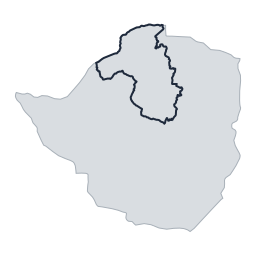 Zimbabwe, with Mashonaland West highlighted
{"feature_id": "ZWE-533", "entity_name": "Mashonaland West", "entity_type": "Province", "adm_level": 1, "iso_a3": "ZWE", "parent_name": "Zimbabwe", "parent_adm1": "", "projection": "orthographic", "projection_center": [29.817, -17.238], "detail": "fine", "context": "in_parent", "style": "outline", "palette": "slate", "viewbox_px": 256, "rotation_deg": 0, "n_neighbors": 0, "source": "natural_earth", "source_scale": "10m", "svg_char_len": 7447}
<svg xmlns="http://www.w3.org/2000/svg" viewBox="0 0 256 256"><path d="M190.1,231.5L187.5,229.8L184.0,228.6L179.6,228.1L173.8,228.3L166.7,229.2L159.1,228.0L151.0,224.7L144.2,223.6L136.2,225.0L135.8,225.1L134.4,224.0L132.2,221.6L128.5,221.2L127.5,220.6L126.7,219.7L126.1,218.6L125.9,217.4L126.5,213.5L126.2,213.0L125.2,212.5L123.1,212.1L118.3,210.3L112.1,208.7L102.2,206.9L98.3,206.4L97.4,205.8L96.3,204.4L94.3,199.9L92.5,197.0L88.1,192.4L87.4,191.0L87.6,187.4L87.9,184.4L88.3,181.9L88.1,179.6L88.0,176.7L88.1,174.8L87.5,173.9L85.9,173.3L81.5,173.1L76.1,173.3L75.9,170.4L75.3,165.8L74.2,163.2L73.0,161.8L70.5,160.5L65.4,158.6L58.6,155.7L52.6,151.4L45.8,146.1L43.7,145.2L41.1,140.1L37.2,131.4L37.3,128.4L36.7,127.0L33.0,122.8L32.1,120.5L31.4,118.3L25.4,112.1L23.4,109.4L21.7,105.9L20.2,103.1L18.9,101.9L17.1,100.1L15.9,97.9L15.4,96.2L15.7,94.0L16.3,92.5L21.9,94.0L25.0,94.0L27.3,93.2L30.3,94.2L33.9,97.0L37.7,97.4L41.9,95.6L47.5,96.0L54.6,98.7L60.5,99.2L67.4,96.6L73.6,89.5L79.4,82.8L85.1,75.1L88.5,68.9L93.6,63.8L100.3,59.9L107.2,56.6L117.7,52.5L119.8,49.2L120.5,45.6L120.4,40.6L121.0,37.4L122.1,35.9L123.8,34.8L126.1,33.3L133.0,29.4L138.9,27.0L146.0,25.4L153.8,25.4L161.3,25.4L165.6,25.4L165.6,30.2L166.0,35.6L166.8,36.1L172.4,36.2L181.5,36.7L190.2,37.1L195.7,41.1L197.6,41.9L203.4,43.0L210.7,49.6L219.6,50.4L225.6,52.5L231.0,54.8L234.0,57.5L236.0,58.2L238.7,58.4L240.0,58.7L239.7,60.6L237.9,63.9L238.0,68.6L240.4,75.2L240.6,80.8L239.7,90.8L239.6,100.5L239.8,104.0L240.1,106.3L240.6,107.5L240.5,109.0L239.0,113.0L237.7,117.3L237.7,119.0L237.2,120.2L236.3,121.2L232.4,123.2L231.8,124.4L231.7,126.6L232.2,128.4L233.6,129.1L235.3,130.2L236.0,131.6L236.0,133.1L235.4,135.8L233.8,140.3L235.2,145.5L236.9,148.8L239.1,152.8L240.1,155.2L240.0,156.9L239.6,158.5L236.0,165.6L233.3,169.9L230.2,174.6L226.0,177.5L224.9,178.9L224.5,180.5L224.6,184.0L224.3,187.7L220.8,193.3L222.8,198.3L222.3,198.7L221.2,199.4L216.1,204.8L210.9,210.3L207.2,214.3L202.9,218.9L198.2,224.0L194.1,228.4L190.1,231.5Z" fill="#d9dde1" stroke="#a8b0b8" stroke-width="1"/><path d="M149.2,24.5L150.5,24.6L153.0,25.3L154.3,25.4L155.4,25.2L156.6,24.9L157.8,24.8L159.0,25.0L159.7,25.5L160.0,25.7L160.5,25.6L161.2,25.0L161.4,24.9L162.2,25.0L162.7,25.2L162.6,25.6L162.6,26.8L162.7,27.2L163.1,27.6L163.5,28.6L163.3,29.0L163.1,29.4L155.4,36.1L155.3,36.3L155.3,36.7L155.5,37.0L155.8,37.3L156.4,37.5L156.5,37.7L156.6,37.9L156.4,39.0L156.6,39.5L157.0,40.0L157.0,40.6L157.2,40.8L157.4,41.0L158.0,41.0L158.2,41.3L158.2,41.6L158.1,41.9L157.3,42.4L157.2,42.5L156.8,43.1L156.7,43.6L156.8,44.8L156.8,45.5L156.6,45.8L156.2,46.0L155.9,46.5L155.4,47.6L155.4,47.9L155.4,48.1L155.7,48.3L156.0,48.4L156.4,48.4L156.6,48.2L156.8,47.7L157.0,47.5L157.3,47.4L157.6,47.3L158.4,47.5L158.5,47.4L158.8,47.1L159.1,46.9L159.9,46.7L160.2,46.4L160.3,46.1L160.1,45.1L160.2,44.8L160.4,44.6L160.7,44.5L161.8,44.3L162.3,44.4L162.5,44.5L163.1,45.9L163.7,46.5L164.0,46.6L165.7,46.5L166.1,46.7L166.3,47.1L166.7,48.1L166.7,48.8L166.1,49.9L166.0,50.8L165.8,51.7L165.5,52.4L165.2,53.1L165.0,54.4L165.0,54.7L165.1,54.9L165.7,55.9L166.3,56.2L166.7,56.5L167.3,56.7L168.6,57.4L169.1,58.5L168.9,59.2L169.6,59.7L169.9,60.2L170.0,60.7L170.0,60.9L169.8,61.2L169.3,61.9L169.2,62.5L169.4,65.2L169.4,65.4L169.6,65.6L170.1,66.0L170.3,66.3L170.2,66.5L169.8,66.8L169.8,67.7L169.9,68.3L170.1,68.5L170.5,68.6L171.4,68.5L171.8,68.7L172.8,68.2L173.1,68.1L173.3,68.2L173.4,68.7L173.5,68.8L174.2,68.5L174.5,68.5L175.2,68.7L175.3,68.9L175.3,69.0L175.0,71.8L174.9,72.0L174.5,72.7L174.1,73.1L173.4,73.8L173.4,74.1L173.7,74.4L173.7,74.8L172.6,76.9L172.2,77.5L172.0,77.9L172.4,79.6L172.5,80.1L172.5,80.5L172.1,83.0L172.1,83.8L172.4,84.0L176.6,84.0L176.6,84.7L176.3,85.5L176.3,85.8L176.4,86.0L176.7,86.1L178.3,86.8L180.2,87.9L180.4,87.9L180.9,87.4L181.1,87.3L181.7,87.5L182.4,88.9L182.1,89.8L181.3,90.8L180.9,91.0L180.4,91.2L180.2,91.3L180.1,91.5L180.1,92.1L180.3,92.6L180.3,93.0L180.1,93.4L180.1,93.6L180.2,93.8L180.9,94.3L181.1,94.5L181.3,95.0L181.1,95.3L180.2,95.6L179.4,95.8L178.9,95.4L177.9,95.0L177.7,95.0L177.5,95.3L177.5,95.7L177.5,95.9L177.7,96.6L177.7,96.8L177.4,97.0L176.8,97.4L176.6,97.7L176.6,98.0L176.6,98.5L177.1,99.5L177.0,99.8L176.4,100.3L176.3,100.5L176.0,101.5L176.1,102.0L175.9,102.6L175.4,103.4L175.1,103.7L174.9,103.9L174.4,104.2L174.2,104.4L174.3,105.7L174.4,106.0L174.6,106.4L175.8,107.5L176.6,108.4L176.8,108.6L176.9,109.1L176.8,109.4L176.3,109.8L176.2,110.0L176.1,110.3L175.8,114.8L175.7,115.1L175.6,115.4L175.4,115.7L174.2,116.9L172.8,119.1L172.7,119.3L172.5,119.0L172.4,119.0L171.8,118.8L171.5,118.8L171.4,119.2L171.6,119.8L171.4,120.0L170.9,120.0L170.4,119.7L169.6,119.4L169.5,119.5L169.4,119.6L169.6,120.2L169.5,120.3L169.2,120.5L168.7,120.7L168.3,120.7L167.8,119.6L167.6,119.3L167.2,118.2L166.9,118.1L166.6,118.4L165.4,120.9L165.1,122.6L164.9,123.1L164.3,123.6L163.1,122.4L162.5,122.1L161.8,122.0L161.2,121.7L160.5,121.4L159.5,120.4L159.1,120.2L158.7,120.0L157.7,119.8L156.8,119.8L156.0,119.7L155.2,119.3L154.4,119.2L153.5,118.7L153.2,118.7L152.6,118.8L152.1,119.2L151.9,119.2L150.8,119.0L149.7,118.4L149.1,118.3L149.0,118.2L148.7,117.8L148.5,117.6L148.2,117.6L147.6,117.3L146.9,117.3L146.8,117.2L146.3,116.8L146.0,116.6L145.5,116.4L144.6,116.3L144.0,116.4L143.7,116.3L142.6,115.6L141.8,115.3L141.6,115.2L141.3,114.8L141.2,114.3L141.2,114.0L141.2,113.4L141.1,111.8L141.3,111.5L141.6,111.1L141.6,110.5L142.0,109.3L142.0,109.0L141.9,108.8L141.8,108.7L140.7,108.2L136.7,105.6L135.9,105.4L135.7,105.2L135.1,104.4L134.0,103.8L133.3,102.9L132.9,102.2L132.1,101.5L131.9,101.2L131.9,100.7L131.4,100.1L131.1,99.7L131.1,99.4L130.9,99.0L130.9,98.3L130.7,97.5L130.7,97.3L130.8,97.1L130.9,96.6L131.2,96.2L131.9,94.3L132.2,93.7L132.4,93.2L133.0,92.5L133.2,91.3L134.0,90.6L134.2,90.2L133.7,89.5L133.7,89.1L134.2,88.6L134.5,88.2L134.6,87.9L134.6,87.1L134.7,86.4L134.6,85.5L134.1,85.0L134.0,84.7L134.3,84.3L134.7,83.9L135.1,83.2L135.3,82.9L136.0,82.4L136.2,82.2L136.5,81.6L136.4,81.4L136.2,81.3L135.7,81.1L135.3,80.9L133.3,78.6L133.1,78.2L132.9,77.2L132.7,76.8L132.5,76.6L131.8,76.2L131.4,76.2L130.8,76.3L130.5,76.3L128.5,75.6L127.9,75.2L127.0,75.0L126.2,74.3L124.2,73.6L123.9,73.4L123.6,72.9L123.4,72.5L123.0,71.9L122.8,71.1L122.5,70.8L122.3,70.8L122.2,70.8L121.1,71.6L120.7,71.6L119.9,71.5L119.4,71.6L117.8,72.1L116.7,72.8L116.5,73.0L116.3,73.4L116.0,73.6L115.8,73.6L115.2,73.6L114.9,73.6L114.7,73.7L114.5,73.9L113.3,75.3L112.7,76.5L111.6,77.9L110.9,78.4L110.6,78.8L110.4,78.9L109.7,78.5L109.3,78.7L109.1,78.7L108.0,78.5L107.5,78.6L104.6,79.3L104.2,79.5L103.8,79.6L102.9,79.4L102.5,78.1L102.4,77.9L102.2,77.7L101.7,77.5L101.4,77.3L101.1,77.0L100.6,76.6L100.4,76.4L100.2,75.3L100.1,74.5L99.8,73.9L99.9,73.4L99.9,73.1L99.6,72.6L99.5,72.3L99.6,71.5L99.4,71.3L99.1,71.2L98.5,71.2L98.3,71.2L98.1,71.0L97.8,70.2L97.6,70.1L97.2,70.0L97.0,69.8L96.8,69.6L96.9,68.9L97.3,67.8L97.3,67.5L97.1,67.3L96.6,67.1L96.8,65.3L96.2,62.9L98.8,61.7L101.7,59.3L103.7,58.0L114.3,53.7L115.6,53.4L116.5,53.4L116.9,53.3L117.7,52.5L117.9,52.0L119.1,51.1L119.5,50.7L119.7,49.6L120.5,48.1L120.5,47.4L120.0,46.2L119.9,45.6L120.0,45.0L120.7,43.3L120.2,42.5L120.3,41.3L120.7,40.0L120.8,39.0L120.5,38.4L120.4,38.1L120.5,37.8L121.0,37.0L121.6,36.1L122.6,35.2L123.2,34.9L123.8,34.8L125.1,34.8L125.9,34.6L126.2,34.3L126.8,33.1L127.1,32.7L127.6,32.3L128.2,32.0L128.8,31.8L129.0,31.6L130.1,30.5L136.5,27.5L137.0,27.4L139.5,27.2L140.0,26.9L141.1,25.9L141.8,25.7L143.6,26.1L144.3,26.0L146.0,25.4L147.3,25.2L148.5,24.6L149.2,24.5Z" fill="none" stroke="#1e293b" stroke-width="2"/></svg>